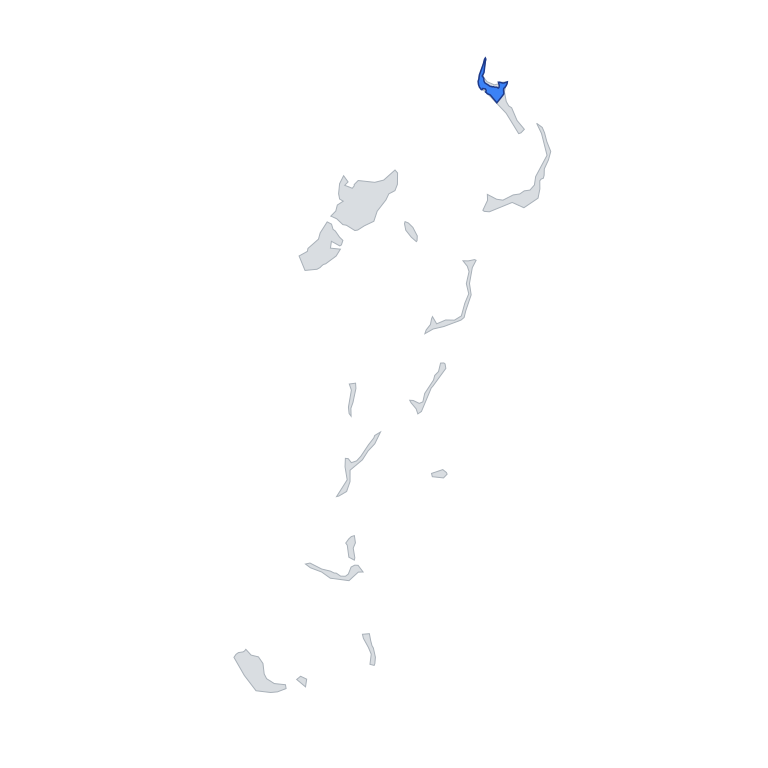 where West Grand Bahama sits in The Bahamas, rotated 64°
{"feature_id": "BHS-5011", "entity_name": "West Grand Bahama", "entity_type": "District", "adm_level": 1, "iso_a3": "BHS", "parent_name": "The Bahamas", "parent_adm1": "", "projection": "orthographic", "projection_center": [-78.67, 26.651], "detail": "fine", "context": "in_parent", "style": "filled", "palette": "blue", "viewbox_px": 768, "rotation_deg": 64, "n_neighbors": 0, "source": "natural_earth", "source_scale": "10m", "svg_char_len": 4146}
<svg xmlns="http://www.w3.org/2000/svg" viewBox="0 0 768 768"><g transform="rotate(64 384 384)"><path d="M233.3,321.8L233.2,332.3L234.1,340.1L233.3,342.9L224.8,348.2L222.7,351.1L214.7,354.1L209.8,358.2L207.4,351.5L202.7,347.5L201.8,340.5L198.3,342.8L193.1,341.4L184.5,336.1L179.1,329.0L186.6,327.7L188.2,332.2L194.2,326.7L192.8,323.8L191.7,323.4L189.8,318.0L198.7,303.9L200.6,294.9L196.5,280.3L200.3,279.3L210.4,284.4L215.0,289.4L215.2,296.3L219.4,301.6L225.7,314.4L233.3,321.8ZM240.3,361.3L240.5,363.2L232.7,368.7L238.4,372.6L243.7,364.1L248.0,370.9L250.4,383.8L250.0,386.0L250.4,387.9L251.3,390.4L251.5,393.9L247.3,405.2L231.7,404.2L231.2,394.7L228.8,392.9L225.1,379.4L220.2,375.1L213.4,364.0L217.3,361.1L222.6,362.0L225.2,360.7L232.5,359.6L236.9,358.0L240.3,361.3ZM614.0,614.7L611.6,621.1L603.6,633.5L584.7,637.3L563.9,638.7L562.1,635.5L561.6,632.6L563.0,628.1L562.8,626.3L561.9,624.5L569.4,622.3L574.2,616.5L582.1,615.3L592.1,618.8L597.4,618.7L605.1,614.0L611.1,604.4L614.8,605.5L614.0,614.7ZM272.8,218.2L271.2,219.0L264.3,210.4L258.9,208.0L267.3,201.8L270.9,196.5L270.7,185.0L272.7,178.7L271.9,173.3L273.7,167.8L271.1,161.6L264.0,156.7L249.9,137.2L227.9,132.6L216.6,132.5L222.8,129.3L228.6,129.6L237.5,131.4L248.1,132.2L254.7,138.0L260.9,145.6L266.6,148.6L268.9,150.6L268.7,152.8L269.6,154.9L277.0,158.4L284.5,164.1L286.9,181.0L277.0,189.2L275.4,213.8L272.8,218.2ZM174.3,147.7L183.7,150.3L188.7,150.0L191.7,148.2L205.5,148.9L216.6,146.2L218.3,150.8L218.0,153.2L194.3,155.5L172.5,162.3L160.6,166.9L155.0,167.4L150.7,165.0L136.3,151.1L140.2,152.5L150.8,160.3L157.4,158.9L163.5,153.7L164.4,149.8L163.5,147.9L166.3,141.7L174.3,147.7ZM318.1,253.6L331.1,263.1L342.1,266.6L354.1,278.5L359.3,282.8L360.3,286.7L358.6,304.8L356.1,315.7L356.7,325.2L353.9,322.4L350.9,316.2L346.3,312.7L344.7,310.9L353.0,310.3L353.5,300.5L357.5,292.7L356.7,284.6L346.9,276.0L340.1,268.3L329.9,266.0L320.3,258.3L314.7,257.5L307.9,259.0L310.3,254.3L311.9,248.1L313.2,247.0L318.1,253.6ZM464.9,473.8L464.4,476.0L454.0,459.1L441.3,455.3L433.9,451.3L435.4,448.9L440.4,447.8L441.1,442.3L438.8,436.5L431.9,424.7L428.0,416.8L426.2,414.9L425.6,408.2L433.7,418.5L437.2,427.7L442.7,436.7L446.6,452.3L456.8,457.3L464.2,464.7L464.9,473.8ZM516.9,530.7L511.4,533.5L512.5,529.0L523.0,521.1L528.7,514.2L532.0,511.7L533.1,509.8L537.7,507.2L539.9,502.9L539.2,499.4L534.1,493.8L534.0,489.7L535.6,486.8L543.8,485.2L541.8,489.6L545.4,501.7L535.0,517.4L525.7,522.4L516.9,530.7ZM425.1,362.4L425.7,366.7L420.4,366.0L412.7,367.9L409.9,368.0L411.6,365.0L416.9,360.8L417.1,356.9L410.3,351.5L402.2,337.8L398.5,334.6L396.7,329.5L390.0,324.0L391.3,321.0L392.7,320.3L397.1,321.6L407.5,341.3L408.2,343.2L425.1,362.4ZM608.9,508.5L613.9,509.5L616.6,509.3L625.8,511.5L631.3,514.8L632.6,516.2L629.8,519.5L621.2,513.9L613.9,513.5L603.6,514.0L599.5,513.1L602.0,506.6L608.9,508.5ZM527.4,486.4L529.3,487.9L524.3,491.5L512.8,487.7L510.2,488.1L507.8,483.6L506.8,480.3L507.3,477.1L514.2,479.3L518.0,483.6L527.4,486.4ZM264.1,295.1L255.3,297.0L248.9,295.3L247.3,293.9L250.0,291.5L255.9,289.4L265.5,289.2L269.7,291.5L270.2,292.5L264.1,295.1ZM398.5,427.7L395.2,428.3L389.2,426.1L375.2,416.0L368.8,415.2L370.8,409.2L375.7,411.2L387.0,420.0L391.3,424.4L398.5,427.7ZM494.5,371.7L488.5,381.2L485.2,380.5L486.7,368.7L491.0,366.7L492.7,366.8L494.5,371.7ZM621.8,587.3L611.3,592.0L610.1,587.1L615.4,582.9L621.8,587.3Z" fill="#d9dde1" stroke="#a8b0b8" stroke-width="1"/><path d="M180.7,159.3L173.5,161.1L172.1,161.4L170.7,161.8L168.4,163.9L166.8,164.3L166.2,164.7L165.1,163.5L163.3,163.5L161.7,165.7L162.5,167.0L161.8,167.6L160.2,167.8L159.4,168.1L156.3,167.8L153.2,166.7L151.3,164.9L148.0,162.8L139.9,154.4L136.2,151.3L135.4,150.0L136.2,150.0L136.9,150.2L137.5,150.6L138.0,151.2L147.9,157.6L150.2,160.7L151.7,160.4L152.9,160.3L155.4,161.3L157.3,161.4L159.0,160.5L160.6,159.4L161.6,158.9L162.5,158.4L163.1,158.0L163.4,157.3L164.4,156.5L164.6,155.4L165.7,154.5L166.7,152.5L168.1,151.6L167.9,150.6L166.1,149.5L162.9,148.9L163.4,147.8L165.5,145.4L166.0,144.3L166.5,140.7L168.0,141.7L169.4,143.4L170.4,145.3L170.8,146.8L172.2,147.7L175.8,149.1L178.0,153.5L180.7,159.3Z" fill="#3b82f6" stroke="#1e3a8a" stroke-width="1.5"/></g></svg>